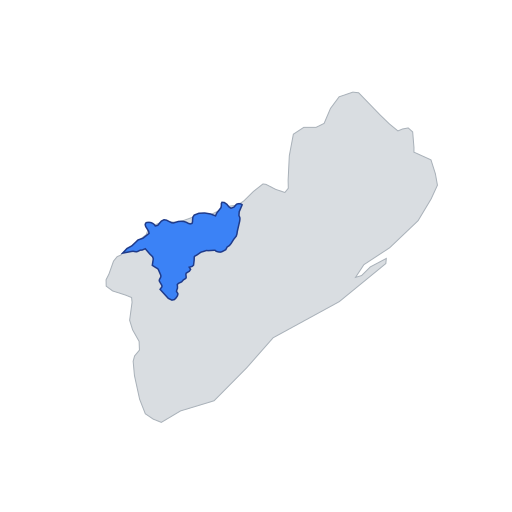 location of Chalatenango within El Salvador, rotated 303°
{"feature_id": "SLV-1357", "entity_name": "Chalatenango", "entity_type": "Department", "adm_level": 1, "iso_a3": "SLV", "parent_name": "El Salvador", "parent_adm1": "", "projection": "robinson", "projection_center": [-89.111, 14.18], "detail": "fine", "context": "in_parent", "style": "filled", "palette": "blue", "viewbox_px": 512, "rotation_deg": 303, "n_neighbors": 0, "source": "natural_earth", "source_scale": "10m", "svg_char_len": 2987}
<svg xmlns="http://www.w3.org/2000/svg" viewBox="0 0 512 512"><g transform="rotate(303 256 256)"><path d="M183.1,142.1L187.2,142.9L214.1,152.3L222.1,150.5L232.4,158.1L237.2,164.0L241.5,172.1L262.8,188.6L266.4,195.7L282.3,205.4L288.7,212.8L295.5,215.8L308.8,218.7L320.2,222.6L321.5,225.3L322.6,236.3L325.0,245.6L330.4,246.2L337.0,241.7L358.3,229.3L378.5,221.0L389.9,226.0L396.6,236.3L404.3,240.9L420.3,238.1L434.8,239.0L446.2,248.0L448.8,253.2L441.9,283.2L439.4,296.0L438.2,306.9L442.3,309.7L446.3,313.9L445.4,319.8L433.0,329.4L429.1,331.9L431.9,350.4L422.7,361.6L414.2,369.6L399.2,371.8L373.9,372.7L335.7,363.6L307.5,351.2L292.3,351.1L297.1,355.2L309.1,357.8L324.9,366.6L320.4,369.0L263.1,350.7L196.8,314.9L157.2,309.1L111.8,299.7L85.0,277.1L64.9,267.2L63.2,258.7L63.4,249.1L72.5,236.4L89.5,219.2L100.8,210.3L106.1,208.6L113.6,209.5L120.7,204.5L126.9,192.7L133.3,185.0L149.6,177.3L153.4,174.3L152.1,167.6L148.6,154.8L149.1,146.8L154.4,143.2L160.8,142.5L174.1,139.3L179.8,139.9L183.1,142.1Z" fill="#d9dde1" stroke="#a8b0b8" stroke-width="1"/><path d="M185.8,142.6L192.0,143.7L197.0,146.4L205.2,148.3L209.3,151.5L216.7,154.0L218.3,152.4L220.6,147.5L221.9,146.0L223.3,145.6L224.2,145.8L225.0,146.6L226.0,148.0L226.8,149.7L227.1,151.5L227.0,153.4L226.3,155.2L228.2,156.9L233.7,157.6L236.3,159.1L237.3,161.4L237.9,167.0L238.7,168.7L242.7,172.1L244.2,174.1L245.7,176.8L246.3,179.1L246.4,180.0L246.5,181.5L247.1,183.4L248.5,184.6L250.0,184.2L252.0,183.0L254.2,181.9L256.7,181.9L260.7,184.8L264.1,189.5L266.5,195.0L267.6,200.2L270.4,199.7L277.5,200.3L279.4,199.5L281.1,198.4L282.5,198.2L283.6,200.3L283.5,203.4L282.5,206.4L282.4,209.0L285.0,210.9L288.4,211.4L289.2,211.7L290.3,212.8L291.1,214.0L291.5,215.6L291.4,216.5L284.0,217.8L280.7,219.6L279.5,221.4L278.4,222.3L276.4,223.3L266.5,226.9L264.1,228.0L261.9,228.6L257.7,228.2L252.9,228.3L250.3,228.0L247.8,226.9L244.8,227.2L241.4,225.3L240.8,224.9L240.0,224.2L239.2,222.8L238.8,221.8L238.5,220.9L238.4,220.5L238.3,220.0L238.3,219.5L238.5,218.7L238.4,218.4L238.1,217.9L234.6,213.2L233.8,211.8L233.6,211.4L230.9,209.2L229.7,208.1L228.9,207.6L224.7,205.9L222.7,204.8L222.1,204.7L221.6,204.7L218.8,206.4L214.3,208.6L212.5,208.1L210.2,206.1L209.2,208.4L207.0,208.4L203.6,206.8L202.4,207.2L200.3,208.9L199.6,209.3L198.5,209.1L196.9,208.3L196.4,208.1L193.8,207.7L190.9,205.9L189.2,205.5L187.6,206.8L186.2,207.7L184.2,208.1L182.9,208.7L182.4,210.0L181.7,211.2L179.8,211.8L177.4,211.8L175.0,211.3L173.2,209.5L172.7,205.5L175.8,193.7L178.8,193.9L179.2,193.7L179.6,193.5L179.9,193.2L180.3,192.6L182.2,188.8L182.5,188.4L182.8,188.2L183.2,188.0L183.6,187.9L184.1,187.8L185.7,187.7L186.2,187.6L186.7,187.5L187.1,187.3L187.4,187.1L187.8,186.8L188.3,186.2L191.5,181.4L191.8,180.5L191.8,179.8L191.7,177.8L191.7,174.1L197.7,171.4L199.1,169.6L199.8,165.9L201.8,159.2L198.9,157.2L198.1,156.0L197.8,155.7L195.4,154.3L194.8,153.8L194.4,153.4L193.7,152.0L193.2,150.7L193.0,150.3L191.9,149.0L185.8,142.6Z" fill="#3b82f6" stroke="#1e3a8a" stroke-width="1.5"/></g></svg>